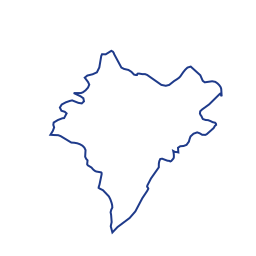 outline of Al Gharbiyah, rotated 39°
{"feature_id": "EGY-1530", "entity_name": "Al Gharbiyah", "entity_type": "Governorate", "adm_level": 1, "iso_a3": "EGY", "parent_name": "Egypt", "parent_adm1": "", "projection": "equal_earth", "projection_center": [31.057, 30.849], "detail": "fine", "context": "isolated", "style": "outline", "palette": "blue", "viewbox_px": 256, "rotation_deg": 39, "n_neighbors": 0, "source": "natural_earth", "source_scale": "10m", "svg_char_len": 2155}
<svg xmlns="http://www.w3.org/2000/svg" viewBox="0 0 256 256"><g transform="rotate(39 128 128)"><path d="M120.2,182.3L119.1,181.9L116.9,178.6L114.9,178.3L112.8,177.3L108.9,171.9L106.4,170.7L103.7,170.4L100.8,170.9L98.2,171.8L95.5,173.3L93.1,175.0L80.7,176.7L78.3,177.5L75.1,179.9L72.0,182.1L71.4,177.5L70.2,174.0L68.0,172.6L66.8,170.5L68.5,165.9L70.9,161.7L72.1,160.5L71.1,155.3L68.6,155.2L65.4,156.5L62.2,155.0L61.7,151.5L63.5,147.2L65.8,143.5L67.2,141.7L73.6,139.7L76.6,138.0L77.0,135.0L74.6,133.0L71.2,133.2L63.8,135.0L69.4,130.5L70.5,128.6L71.3,125.5L71.5,121.8L70.6,118.7L68.0,117.4L62.7,116.1L63.4,112.8L66.7,108.5L68.8,104.3L67.6,99.0L61.9,88.9L61.4,87.0L64.3,84.8L66.5,78.5L68.3,78.2L70.0,78.8L70.7,79.3L84.8,85.2L87.7,84.6L91.8,82.6L95.3,82.2L99.1,82.7L100.9,81.8L101.6,81.2L101.2,80.0L101.4,79.5L102.4,78.7L105.1,77.2L107.4,75.4L109.5,74.7L126.8,73.5L130.8,71.4L132.9,68.6L134.3,62.4L135.3,59.5L136.0,57.0L136.2,55.1L135.8,49.9L135.8,46.6L136.2,43.6L138.1,40.8L151.0,41.5L156.4,44.3L158.9,44.2L164.0,38.7L166.8,37.2L169.6,37.0L172.1,37.3L174.4,38.0L175.9,39.0L180.8,44.4L179.2,43.8L178.8,43.3L178.2,42.9L177.9,43.5L176.2,58.6L173.9,67.1L173.6,69.6L174.8,71.5L176.2,72.2L177.7,72.6L179.9,73.7L180.6,73.9L183.3,72.9L185.3,71.5L187.8,70.7L190.1,70.2L192.3,69.1L193.6,69.3L194.5,70.1L194.2,71.7L194.6,74.1L193.1,83.2L192.5,84.6L189.9,86.6L187.0,87.0L184.5,87.9L182.5,91.2L181.9,95.2L182.8,97.8L183.9,100.3L184.1,104.3L182.5,107.0L180.1,109.3L179.3,111.9L182.5,115.3L181.2,115.9L180.4,116.5L179.4,117.1L177.6,117.4L179.0,118.5L180.6,120.1L182.0,121.8L182.5,123.0L182.4,126.4L181.9,127.4L180.9,127.5L179.2,128.6L173.8,130.4L172.6,131.8L173.2,134.1L174.4,136.3L176.7,139.2L177.6,152.7L179.2,160.5L179.8,161.6L180.9,161.8L182.0,162.4L182.5,164.8L183.3,173.5L186.2,188.2L185.9,196.9L182.2,211.5L181.6,219.0L176.4,215.2L174.5,211.4L169.5,206.1L167.5,204.4L166.4,202.0L165.9,199.7L164.3,198.0L162.5,196.6L159.1,194.5L156.2,193.2L147.7,192.1L144.1,192.9L142.8,193.0L142.2,191.9L141.5,190.0L136.6,180.5L135.7,179.5L135.0,179.4L130.9,181.7L129.7,182.1L127.9,182.2L126.6,182.1L124.5,181.7L120.2,182.3Z" fill="none" stroke="#1e3a8a" stroke-width="2"/></g></svg>